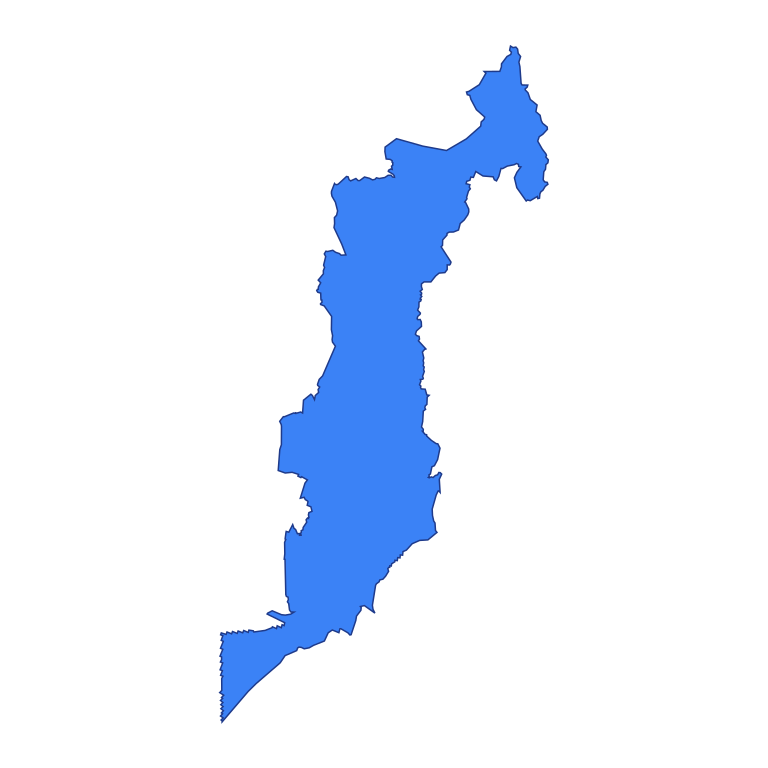 outline of Tlatlauquitepec, Puebla, Mexico
{"feature_id": "50627088B68450400928549", "entity_name": "Tlatlauquitepec", "entity_type": "district", "adm_level": 2, "iso_a3": "MEX", "parent_name": "Mexico", "parent_adm1": "Puebla", "projection": "mercator", "projection_center": [-97.491, 19.839], "detail": "fine", "context": "isolated", "style": "filled", "palette": "blue", "viewbox_px": 768, "rotation_deg": 0, "n_neighbors": 0, "source": "geoboundaries", "source_scale": "gbopen_adm2", "svg_char_len": 6101}
<svg xmlns="http://www.w3.org/2000/svg" viewBox="0 0 768 768"><path d="M429.1,395.3L426.8,394.9L425.2,389.2L421.2,388.9L420.5,387.3L420.9,386.1L419.5,384.8L420.9,381.1L420.3,379.5L422.8,379.2L423.3,378.3L422.6,376.3L424.3,371.4L423.6,369.7L424.2,367.0L423.2,365.9L423.7,362.8L423.1,360.7L423.8,358.0L422.4,352.0L425.2,348.7L426.4,349.5L418.4,340.8L419.5,339.1L419.1,336.4L416.7,335.6L415.4,334.2L416.5,330.9L421.5,326.4L421.3,321.9L420.2,319.5L417.7,319.6L417.1,318.8L417.7,316.4L420.0,314.4L420.4,313.1L417.6,310.1L418.9,306.9L419.0,302.1L420.8,300.9L421.2,299.4L420.2,299.2L420.3,298.2L421.8,296.4L420.5,294.9L421.5,294.3L421.7,293.1L420.1,291.2L422.3,289.5L421.4,286.6L421.5,283.8L424.1,281.9L430.9,281.9L435.6,276.0L439.1,273.1L444.9,272.6L447.2,269.6L447.2,264.9L449.6,265.0L450.4,264.0L451.0,262.1L441.1,246.8L442.5,245.4L442.7,239.9L447.0,235.1L447.0,233.4L449.2,232.1L453.5,232.0L458.5,230.0L460.2,223.5L464.2,220.0L467.8,214.8L468.8,211.9L468.7,209.0L465.6,202.5L464.7,202.0L467.0,198.8L466.6,197.4L468.5,191.0L470.3,188.8L469.3,187.1L469.9,184.7L466.1,183.7L466.7,181.3L469.9,180.3L470.8,177.1L473.4,177.4L475.8,171.5L483.0,176.0L493.1,176.8L494.4,179.8L496.5,180.9L498.8,176.5L501.0,168.4L502.6,168.6L507.3,166.1L514.2,164.7L516.5,163.5L518.4,164.3L518.7,166.5L520.9,166.9L516.9,172.3L514.4,177.8L516.8,187.7L526.2,201.0L527.5,200.0L530.2,200.7L537.3,196.5L537.8,198.6L539.5,198.2L539.9,193.8L541.0,191.6L542.8,190.4L545.2,186.4L547.9,184.3L547.3,182.4L544.7,181.9L543.2,179.8L543.8,171.7L545.5,169.3L545.9,164.6L547.9,162.8L548.3,159.8L545.8,157.0L546.5,155.4L545.9,153.9L542.2,149.0L537.7,141.1L539.2,136.7L542.8,134.3L547.4,129.3L547.2,127.0L542.6,123.3L541.2,120.5L540.1,115.3L535.9,111.7L537.1,105.0L530.3,99.5L528.0,92.8L525.3,90.0L525.1,89.0L527.2,87.1L527.8,85.1L522.1,85.0L521.1,83.4L519.9,66.6L518.9,62.1L520.6,56.5L518.2,53.4L517.6,49.1L515.9,47.1L513.0,47.6L510.5,46.1L509.6,50.3L511.4,52.1L510.8,54.4L507.0,56.5L501.5,63.8L501.4,67.0L499.8,71.4L484.2,71.5L485.9,73.2L479.3,84.7L469.0,91.3L466.5,92.0L467.3,94.7L469.8,95.4L470.9,99.3L476.4,109.7L484.7,117.0L484.0,119.3L481.2,121.9L480.7,126.2L466.3,138.9L446.5,150.5L422.7,146.1L396.5,138.7L385.1,147.1L384.9,151.6L386.2,159.0L390.2,159.4L392.2,160.8L392.0,162.1L392.8,162.6L392.7,165.3L391.5,166.2L392.2,169.4L390.7,169.0L388.6,170.2L388.3,171.4L392.9,174.1L394.3,175.8L394.5,177.3L392.5,177.0L391.0,175.3L388.1,175.3L384.8,177.5L379.2,178.5L376.4,177.8L375.0,179.3L372.6,179.9L369.5,178.3L364.5,177.0L359.7,180.6L358.1,180.6L355.9,178.5L350.6,180.9L349.1,179.7L348.1,176.8L346.5,176.5L338.3,184.1L336.8,184.7L335.1,184.3L334.5,183.5L331.5,191.3L331.4,193.3L332.0,196.3L335.4,202.2L337.6,210.9L336.6,215.2L334.4,217.6L334.6,223.7L334.0,227.6L341.7,244.0L345.9,254.9L341.1,255.2L339.5,253.6L335.6,252.3L332.8,250.3L327.6,251.5L325.9,251.2L324.3,253.9L325.7,256.5L323.6,265.2L324.6,267.5L323.3,270.7L323.4,273.8L318.2,280.1L320.7,282.8L318.4,286.9L318.3,289.3L317.4,289.4L316.7,290.6L317.8,292.3L320.7,293.1L320.9,298.8L321.0,299.9L321.8,300.0L322.0,302.3L320.5,303.7L320.6,304.5L324.2,305.9L331.6,316.4L331.4,329.7L332.6,335.7L332.1,339.5L332.5,342.1L335.4,346.2L322.6,375.9L319.2,379.4L317.5,384.4L317.7,385.4L319.7,387.0L318.1,389.5L318.6,392.5L315.3,395.5L314.5,399.6L312.4,395.5L310.9,394.2L303.5,400.2L302.6,413.0L300.7,412.0L296.9,413.1L295.6,412.8L295.6,413.4L293.6,413.0L284.5,416.7L283.3,416.7L279.7,421.3L281.3,424.7L281.5,426.6L281.4,444.7L279.8,449.5L278.2,470.5L285.2,473.0L292.1,472.3L298.6,474.4L297.9,476.1L300.9,477.6L301.6,476.7L307.4,479.9L305.0,483.1L300.3,498.2L304.1,497.3L305.3,499.6L307.6,501.0L308.0,501.7L307.2,505.3L310.9,506.8L312.0,511.3L308.9,512.6L308.4,514.8L308.9,517.4L308.1,517.7L308.4,518.5L307.2,518.4L306.1,519.8L306.7,522.2L303.2,527.4L302.9,529.8L301.2,530.7L301.3,532.3L300.6,533.2L301.1,535.2L299.5,535.3L299.6,533.5L297.4,533.7L295.6,529.5L294.0,528.3L292.7,524.6L288.8,532.2L286.2,531.4L285.9,533.0L285.1,539.0L285.8,539.4L284.6,542.4L284.8,553.8L284.2,559.2L285.0,559.3L285.8,594.6L286.4,596.4L288.1,597.2L288.3,599.8L287.4,601.8L288.7,603.6L289.5,610.0L290.9,612.0L294.0,612.1L290.6,614.2L285.3,615.1L281.5,614.7L272.2,610.8L267.7,613.1L267.1,614.0L268.4,614.7L284.7,622.7L284.1,625.6L282.1,624.7L281.3,627.7L277.2,625.8L276.5,628.6L272.4,626.8L272.1,627.7L265.2,630.4L253.9,632.0L253.3,630.8L248.9,630.1L248.2,632.4L243.7,630.5L242.7,632.8L238.1,631.0L237.2,633.4L232.5,631.5L231.6,633.8L227.0,632.0L226.1,634.4L221.3,632.9L220.6,634.8L222.8,635.7L221.2,640.4L223.3,641.3L220.5,648.3L222.8,649.3L220.0,656.2L221.6,656.9L221.6,659.6L220.4,662.0L222.7,662.9L220.1,669.8L222.4,670.7L220.6,675.3L222.9,676.2L221.7,678.5L221.8,690.4L219.7,692.6L223.7,695.2L221.5,697.5L222.6,698.4L220.5,700.5L222.9,702.5L220.8,704.7L223.1,706.6L220.9,708.7L223.4,710.7L221.4,712.9L222.6,713.8L220.5,716.0L223.1,717.9L221.1,720.0L222.1,720.7L222.1,721.9L248.2,691.4L256.1,683.6L280.2,662.8L285.1,655.6L296.7,650.6L297.6,648.0L299.0,647.1L301.4,647.4L304.2,648.8L309.2,647.8L313.6,645.3L324.4,641.0L328.2,632.8L332.3,630.0L338.9,632.7L339.9,628.8L340.8,628.7L347.9,632.8L349.9,635.0L351.1,634.7L355.8,620.5L356.5,616.1L360.9,610.3L361.2,607.6L360.4,606.5L364.4,605.6L374.9,613.1L373.0,609.3L372.4,605.3L375.6,585.3L376.4,583.8L379.1,581.8L379.8,579.9L382.9,579.2L385.6,576.2L388.6,571.3L387.8,568.7L388.7,567.4L389.7,567.4L389.8,565.8L391.3,566.0L391.6,563.8L394.8,561.8L394.9,560.3L397.3,560.6L397.7,557.6L400.0,557.9L400.3,554.9L402.6,555.2L403.0,551.6L406.4,550.1L412.2,543.7L419.7,540.4L427.9,539.9L437.0,532.4L435.5,530.5L435.0,523.0L433.7,521.0L432.5,515.5L432.2,509.1L436.2,495.0L438.1,491.0L438.8,490.9L440.1,492.4L439.3,479.3L441.7,474.1L440.2,472.6L438.8,472.5L437.6,474.8L435.3,475.5L433.1,477.5L431.3,476.9L429.3,477.8L428.3,477.4L429.2,476.5L429.0,474.8L430.4,474.0L431.9,466.8L434.4,465.7L437.6,459.6L440.0,448.2L437.8,443.8L436.1,443.6L431.4,440.4L426.8,436.2L426.6,434.7L425.2,434.5L422.5,431.3L423.2,431.3L423.3,429.3L421.5,427.0L422.7,421.6L423.3,411.1L425.6,409.3L424.8,407.8L425.3,405.8L426.9,404.4L427.2,397.1L429.1,395.3Z" fill="#3b82f6" stroke="#1e3a8a" stroke-width="1.5"/></svg>